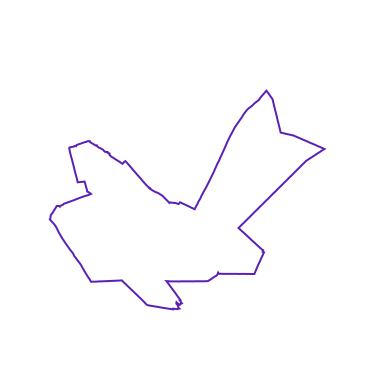 Coyotepec, México, Mexico, rotated 148°
{"feature_id": "50627088B26424362645018", "entity_name": "Coyotepec", "entity_type": "district", "adm_level": 2, "iso_a3": "MEX", "parent_name": "Mexico", "parent_adm1": "México", "projection": "orthographic", "projection_center": [-99.22, 19.786], "detail": "fine", "context": "isolated", "style": "outline", "palette": "violet", "viewbox_px": 384, "rotation_deg": 148, "n_neighbors": 0, "source": "geoboundaries", "source_scale": "gbopen_adm2", "svg_char_len": 5960}
<svg xmlns="http://www.w3.org/2000/svg" viewBox="0 0 384 384"><g transform="rotate(148 192 192)"><path d="M252.0,288.2L251.7,289.2L252.5,289.6L253.0,290.1L253.4,290.3L254.3,290.5L255.3,290.6L256.2,291.0L259.1,291.7L261.2,292.1L264.0,292.8L264.9,293.0L265.2,292.9L265.4,292.8L265.7,292.6L266.0,292.3L266.5,292.7L267.0,293.1L267.5,293.2L267.8,293.1L268.1,293.2L268.7,293.3L269.1,293.5L269.8,293.8L270.4,294.0L270.8,294.1L271.4,294.4L271.9,294.5L272.4,294.6L272.7,294.5L272.9,294.1L273.1,293.7L273.2,293.3L273.6,292.3L273.9,291.7L275.2,287.9L275.6,286.7L275.9,285.6L276.0,285.2L276.2,284.6L277.1,281.5L277.2,281.4L277.6,280.1L278.4,277.5L278.7,276.6L279.0,275.6L279.2,275.2L279.3,274.8L279.6,273.8L280.0,272.6L280.4,271.5L280.5,271.2L280.8,270.2L280.9,269.9L281.0,269.4L281.1,269.1L281.3,268.6L281.7,267.0L281.9,266.5L283.8,260.8L280.7,259.3L279.3,258.6L278.6,258.2L278.4,258.2L277.9,257.9L277.6,257.8L278.0,256.1L279.3,251.9L279.9,249.6L280.6,247.8L280.2,247.3L280.0,247.0L279.4,245.7L278.7,243.9L279.4,244.0L280.5,244.2L281.3,244.3L285.0,245.3L287.7,246.0L289.4,246.3L290.8,246.6L292.5,246.9L295.8,247.5L299.1,248.2L301.5,248.7L306.4,249.8L306.9,249.9L307.5,249.8L308.1,249.6L308.6,249.7L308.9,249.8L310.6,249.9L311.5,250.0L311.7,249.9L311.9,249.7L312.2,250.3L312.3,250.7L314.2,251.8L314.7,251.5L315.2,251.2L316.6,250.5L318.4,249.7L321.0,248.3L321.7,248.0L322.4,247.8L323.6,247.4L324.1,247.1L325.5,245.4L325.9,245.0L326.3,244.6L326.7,244.4L327.0,244.3L327.1,244.2L326.5,240.6L326.1,238.7L325.9,237.2L325.8,235.7L325.8,234.7L325.8,234.1L326.1,231.0L326.4,227.8L326.5,224.8L326.6,221.8L326.5,218.6L326.4,215.5L326.2,212.2L326.0,207.8L325.5,203.6L325.4,203.1L325.6,201.6L325.8,199.8L325.6,198.6L325.5,197.6L325.3,194.7L325.0,191.8L324.8,189.2L325.0,185.4L325.2,181.4L325.2,178.8L325.2,176.2L325.2,173.6L325.0,173.4L325.0,173.1L325.2,169.7L325.2,169.4L322.8,168.0L320.4,166.6L318.0,165.3L315.6,163.9L313.3,162.6L310.9,161.2L308.5,159.9L306.1,158.5L303.7,157.2L301.3,155.8L298.9,154.5L298.4,154.3L297.8,151.7L297.1,149.1L296.5,146.6L295.8,144.0L295.2,141.4L294.5,138.9L293.9,136.3L293.2,133.7L292.6,131.1L291.9,128.6L291.3,126.0L290.7,123.2L290.2,120.5L288.7,118.6L286.7,116.9L284.7,115.1L282.7,113.4L280.7,111.6L278.8,109.9L276.8,108.1L274.8,106.4L271.4,103.5L270.1,102.4L269.8,102.6L269.7,102.9L267.2,101.0L266.9,100.7L264.5,99.8L264.7,100.6L264.7,101.4L264.7,101.6L264.1,103.6L264.2,104.2L264.3,104.6L264.4,105.5L264.3,105.8L264.0,106.3L263.6,106.7L263.5,106.1L263.1,105.2L262.8,104.1L262.4,102.8L261.8,102.8L261.5,102.8L261.2,102.9L261.0,103.2L260.8,103.4L260.3,103.2L259.6,103.0L259.8,106.7L259.1,106.6L259.3,109.0L259.5,111.4L259.5,111.9L259.7,115.1L259.8,117.1L259.9,117.4L260.0,119.0L260.3,122.9L260.3,123.0L260.6,126.6L260.8,129.1L260.9,130.0L256.9,127.1L254.6,125.7L252.4,124.3L250.2,122.9L247.9,121.6L245.7,120.2L243.5,118.8L241.2,117.4L239.0,116.0L236.8,114.7L234.5,113.3L232.3,111.9L230.1,110.5L225.8,108.0L225.7,108.0L222.8,108.0L220.0,108.1L217.2,108.2L214.9,108.1L212.5,109.8L212.5,108.7L212.4,108.3L209.9,106.7L207.4,105.1L204.9,103.5L202.3,101.9L199.8,100.3L199.6,100.2L198.4,99.5L196.2,98.0L193.9,96.6L191.6,95.2L189.3,93.7L187.1,92.3L184.8,90.8L182.5,89.4L180.1,91.2L177.6,92.9L175.1,94.7L174.1,95.4L173.6,95.7L173.4,95.8L172.5,96.4L172.2,96.6L171.3,97.1L170.3,97.8L167.8,99.5L165.3,101.1L163.0,102.6L162.9,102.7L163.8,103.8L162.5,104.9L163.0,105.6L164.0,109.1L165.0,112.6L165.2,113.4L165.8,115.6L165.8,115.8L166.6,118.4L167.3,121.0L168.0,123.7L168.7,126.3L169.4,128.9L170.2,131.6L170.9,134.2L171.6,136.8L169.1,137.4L166.6,138.0L164.1,138.5L161.5,139.1L159.0,139.7L156.5,140.2L154.0,140.8L151.5,141.4L149.0,142.0L146.5,142.5L144.0,143.1L141.4,143.7L138.9,144.2L136.4,144.8L133.9,145.4L131.4,145.9L128.9,146.5L126.4,147.1L123.9,147.7L121.3,148.2L118.8,148.8L116.3,149.4L113.8,149.9L111.3,150.5L108.8,151.1L106.3,151.6L103.8,152.2L101.3,152.8L98.7,153.3L96.2,153.9L93.7,154.5L91.2,155.1L88.7,155.6L86.2,156.2L83.7,156.8L81.2,157.3L78.6,157.9L75.9,158.0L73.2,158.0L70.5,158.1L67.8,158.1L65.0,158.2L62.3,158.2L59.6,158.3L56.9,158.3L58.3,160.5L59.8,162.6L61.3,164.7L62.7,166.9L64.2,169.0L65.7,171.1L67.1,173.3L68.6,175.4L70.1,177.5L71.5,179.7L73.0,181.8L74.5,183.9L75.9,186.0L77.8,187.9L79.7,189.8L81.6,191.6L83.4,193.5L85.3,195.4L84.4,198.2L83.5,200.8L82.7,203.3L81.9,205.8L81.1,208.3L80.2,210.8L79.4,213.2L78.6,215.7L77.8,218.2L77.0,220.7L76.2,223.1L75.3,225.6L74.5,228.1L74.7,230.7L74.8,233.3L75.0,235.9L75.2,238.5L78.4,237.5L81.6,236.5L84.7,235.5L85.8,234.8L87.6,234.5L88.8,234.4L90.7,234.2L92.3,234.0L93.5,233.7L94.5,233.5L95.8,233.3L97.2,233.1L98.3,233.0L99.9,232.9L101.2,232.6L102.6,232.2L105.1,231.3L107.1,230.5L110.9,228.6L114.6,227.1L117.1,226.0L119.5,225.0L121.6,224.0L126.6,221.1L129.8,219.3L134.2,216.6L138.0,214.0L140.9,212.0L146.6,208.2L150.0,206.0L152.8,204.0L154.9,202.9L160.3,199.3L162.5,197.7L165.0,196.2L169.6,193.3L174.7,190.2L177.3,188.6L182.4,185.8L185.0,184.3L186.8,183.2L188.0,182.3L189.3,181.6L190.9,180.8L192.4,179.9L194.0,178.8L195.4,178.1L198.2,176.5L198.9,176.0L201.3,179.8L203.6,183.5L207.6,189.6L209.8,188.9L210.7,190.1L211.6,191.2L212.7,192.1L214.6,193.5L215.5,194.2L216.0,194.7L216.9,194.6L217.1,195.6L217.6,197.8L218.9,203.6L218.9,203.8L219.1,204.5L219.4,205.2L219.6,205.6L220.7,207.9L221.4,209.3L222.4,210.6L223.4,212.0L224.0,213.0L224.4,213.9L225.2,215.4L225.8,216.7L226.1,217.4L225.5,217.5L225.6,217.8L226.0,218.3L226.3,219.2L226.6,220.1L226.9,221.3L227.3,223.3L227.6,225.1L228.1,228.3L228.4,230.5L229.1,234.6L229.4,236.3L229.6,238.0L230.4,242.6L230.7,245.2L230.9,246.1L231.4,249.6L231.7,251.5L232.2,253.4L232.2,253.5L232.8,253.5L233.4,253.5L236.0,252.7L236.6,253.9L237.1,255.3L238.3,257.7L239.5,260.2L240.6,262.6L241.8,265.1L242.0,266.0L242.2,266.9L242.3,267.2L241.5,268.4L242.7,269.7L242.4,270.7L244.3,271.9L244.9,273.8L245.0,274.9L246.4,277.6L247.3,278.7L247.9,280.2L248.1,280.6L248.3,281.3L247.9,281.8L248.2,282.2L249.0,282.4L251.7,287.7L252.0,288.2Z" fill="none" stroke="#5b21b6" stroke-width="2"/></g></svg>